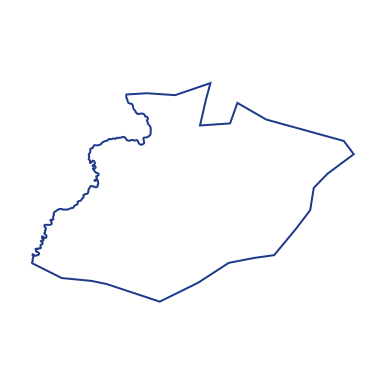 the district of Tes, Dzavhan, Mongolia, rotated 267°
{"feature_id": "93677404B51014704481804", "entity_name": "Tes", "entity_type": "district", "adm_level": 2, "iso_a3": "MNG", "parent_name": "Mongolia", "parent_adm1": "Dzavhan", "projection": "orthographic", "projection_center": [95.652, 49.605], "detail": "fine", "context": "isolated", "style": "outline", "palette": "blue", "viewbox_px": 384, "rotation_deg": 267, "n_neighbors": 0, "source": "geoboundaries", "source_scale": "gbopen_adm2", "svg_char_len": 5771}
<svg xmlns="http://www.w3.org/2000/svg" viewBox="0 0 384 384"><g transform="rotate(267 192 192)"><path d="M108.5,86.9L104.6,101.8L84.2,154.0L101.1,193.4L119.3,224.9L122.9,250.4L124.6,270.7L149.9,294.0L167.7,309.1L189.7,313.8L203.1,328.2L221.3,355.5L235.0,346.3L260.5,269.9L278.6,242.0L258.5,233.6L258.0,203.5L283.0,210.6L299.8,216.1L289.6,180.3L293.0,152.0L292.8,131.7L291.6,131.3L289.9,131.4L289.3,131.5L288.9,131.7L288.4,132.1L285.9,132.5L285.0,132.8L284.3,133.3L283.9,133.9L283.5,135.0L283.4,135.8L283.2,136.3L282.7,136.8L281.7,137.3L280.9,137.5L279.1,137.7L278.5,137.8L277.5,138.3L276.6,139.1L275.6,139.8L275.2,139.9L274.7,140.0L274.4,140.2L273.6,141.0L272.8,141.5L272.7,141.8L272.8,143.2L272.9,143.8L272.9,144.8L273.0,145.8L272.9,146.8L272.3,147.9L271.7,148.6L271.1,148.9L270.3,149.0L270.0,149.2L269.8,149.6L269.5,150.8L269.1,151.3L268.4,151.6L267.7,151.8L266.7,151.6L265.8,150.7L265.5,150.7L264.9,150.9L264.5,151.2L264.1,151.4L263.5,151.5L263.0,151.5L262.4,151.7L261.6,152.2L260.5,153.1L260.0,153.3L259.4,153.8L259.0,153.9L258.3,154.0L256.0,154.1L255.3,154.1L253.7,153.7L252.3,153.7L251.2,153.3L249.9,151.8L249.4,150.9L249.1,150.0L248.9,149.0L248.8,146.9L248.4,146.5L247.9,146.3L247.4,146.2L245.0,146.7L243.4,146.8L242.7,146.1L242.2,145.2L241.9,144.4L242.0,143.2L242.5,142.2L243.4,141.5L244.5,141.0L245.3,140.8L246.3,140.1L246.7,139.7L246.7,139.3L246.4,137.5L246.5,136.9L246.9,136.1L247.1,135.0L247.0,134.1L246.7,133.4L246.6,132.5L246.5,131.4L246.8,130.6L247.2,129.8L247.9,129.2L248.4,129.1L248.9,128.7L249.2,128.3L249.5,128.2L249.9,127.9L250.1,127.7L250.3,127.4L250.5,126.6L250.6,126.0L250.6,125.5L250.1,124.5L250.0,123.9L250.0,122.4L249.8,121.9L249.8,121.3L250.0,120.6L250.1,120.1L250.0,119.7L249.8,119.3L249.4,118.9L249.2,118.3L249.2,117.7L249.3,117.1L249.5,116.7L249.6,116.2L249.6,115.9L249.3,115.4L249.0,114.4L249.0,113.9L249.1,113.0L249.2,112.4L249.3,112.0L249.2,111.7L248.7,111.3L248.3,110.9L248.0,110.4L247.5,108.9L247.4,108.1L247.2,107.3L247.0,106.7L246.5,105.6L246.0,105.0L244.8,103.8L244.3,103.1L244.0,102.2L243.8,101.5L243.5,100.5L243.6,98.6L243.9,97.3L243.9,97.0L243.6,96.6L241.7,95.4L241.2,95.0L241.0,94.7L241.0,93.9L240.2,92.7L239.9,92.6L238.1,92.7L237.4,92.5L236.9,92.3L236.4,92.0L235.1,91.0L234.5,90.8L234.1,90.8L233.7,90.9L233.4,91.1L232.3,91.2L231.9,91.1L230.9,90.6L230.0,90.7L229.7,90.9L229.4,91.3L228.8,91.7L227.6,91.7L226.6,91.7L226.3,91.9L226.4,92.4L226.6,92.7L227.0,93.1L227.8,93.8L228.2,94.3L228.4,94.5L228.4,94.8L228.3,95.3L228.1,95.7L227.6,96.1L226.7,96.4L225.5,96.5L225.1,96.2L224.5,95.6L224.2,94.9L224.1,94.7L223.8,94.3L223.6,94.2L223.2,94.2L223.1,94.3L223.0,94.5L223.1,96.2L222.9,96.6L222.7,96.8L222.2,97.0L221.6,97.0L221.2,96.8L220.8,96.4L220.6,96.0L220.6,95.5L220.7,95.0L220.7,94.3L220.5,94.2L220.2,94.3L218.3,95.6L217.8,95.8L217.6,95.9L217.4,96.3L216.9,96.8L216.5,97.0L216.2,97.5L215.9,98.1L215.6,99.1L215.2,99.5L214.1,99.7L213.8,99.6L213.5,99.2L213.1,98.5L212.7,97.3L211.8,97.1L211.1,97.5L210.5,97.9L210.2,97.9L209.8,97.8L209.5,97.5L209.5,97.4L209.1,96.1L209.0,95.5L208.9,95.3L208.6,95.3L208.4,95.3L208.3,95.5L208.2,95.7L208.2,96.2L208.5,96.8L208.7,97.1L208.8,97.6L208.8,98.0L208.6,98.3L208.2,98.7L207.6,98.8L206.8,98.7L205.4,98.8L204.8,98.7L204.3,98.3L203.8,98.1L203.4,98.2L202.5,97.9L202.1,97.6L201.8,96.7L201.7,96.1L202.3,95.0L202.5,94.5L202.7,93.8L202.7,93.0L202.8,92.8L203.1,92.6L203.3,92.2L203.2,91.4L203.1,91.1L202.7,90.7L200.5,89.2L199.1,88.6L198.1,88.6L197.5,88.4L197.0,88.2L196.1,87.7L195.8,87.3L195.5,86.6L195.5,85.8L195.4,85.2L195.0,83.9L194.8,83.7L194.3,83.4L194.1,83.4L193.5,83.6L193.3,83.6L192.8,83.5L192.4,83.3L191.8,82.8L191.5,82.3L191.1,82.0L190.4,81.5L189.8,81.0L189.2,80.3L189.0,79.7L188.7,78.2L188.5,77.8L188.3,77.4L188.1,77.3L187.9,77.3L187.3,77.3L186.6,77.3L186.2,77.1L185.7,76.7L185.3,76.0L184.7,74.5L184.5,73.9L184.1,73.6L183.8,73.4L183.0,73.0L182.6,72.7L182.4,72.3L182.3,71.6L182.2,70.3L181.4,68.1L181.2,67.6L181.0,66.6L181.1,63.3L181.2,62.7L181.5,61.7L181.8,60.7L182.0,59.6L182.0,58.9L181.8,58.3L181.0,56.7L180.7,56.0L180.1,55.3L179.5,53.9L179.2,53.5L178.8,53.3L178.3,53.2L177.9,52.8L177.6,52.8L176.4,52.9L175.9,52.7L175.0,52.1L174.6,52.0L173.9,52.0L172.7,52.1L172.2,52.1L171.9,51.9L171.6,51.6L171.5,51.2L171.4,50.9L171.5,50.5L171.7,50.0L171.7,49.8L171.6,49.4L171.4,49.3L171.2,49.2L170.6,49.4L169.5,49.9L168.9,50.2L168.3,50.3L167.6,50.2L167.4,50.1L167.1,49.7L166.8,49.1L166.7,48.5L166.6,47.8L166.7,46.9L166.8,45.8L166.9,44.1L166.9,43.8L166.8,43.3L166.5,43.0L166.1,42.9L165.8,42.8L165.2,42.9L164.9,43.1L164.3,43.7L164.0,43.9L163.4,44.1L162.8,44.2L162.0,43.9L161.7,43.5L161.4,43.3L161.1,43.2L160.3,43.3L159.8,43.2L159.1,42.9L158.7,42.4L158.3,42.4L158.1,42.6L157.0,43.7L156.6,44.0L156.1,44.3L155.7,44.3L155.2,44.3L154.7,44.2L154.3,43.9L154.1,43.5L153.9,43.2L153.9,42.7L153.9,42.4L154.0,42.0L155.3,41.0L155.5,40.5L155.5,40.2L155.1,39.9L154.3,39.8L154.0,39.8L153.4,40.1L152.6,41.0L152.3,41.2L152.0,41.2L151.6,41.1L151.3,40.8L151.1,40.4L151.2,39.8L151.1,38.9L151.0,38.7L150.8,38.5L150.7,38.5L149.7,39.8L149.4,40.0L149.1,40.1L148.3,40.1L147.9,40.0L147.7,39.7L147.3,38.3L147.2,38.1L146.5,37.9L145.9,37.9L145.1,38.1L144.7,38.1L144.3,38.1L144.1,38.0L143.7,37.7L143.6,37.4L143.7,36.7L143.8,36.1L143.7,35.8L143.4,35.6L143.3,35.3L143.2,35.0L143.2,34.7L143.5,34.1L143.5,33.7L143.5,33.4L143.4,32.9L143.2,32.8L142.4,33.2L142.2,33.3L141.9,33.3L141.5,33.1L141.1,33.1L140.9,33.1L140.7,33.3L140.5,33.7L140.0,34.8L139.7,35.2L139.4,35.6L139.1,35.8L138.8,36.0L138.3,36.0L138.0,35.9L137.6,35.7L137.3,35.3L137.0,34.7L136.7,32.9L136.5,32.0L136.6,31.6L136.7,31.4L137.0,31.1L137.5,30.7L138.1,30.0L138.2,29.8L138.0,29.5L137.3,29.5L136.6,29.8L136.0,30.2L135.6,30.2L134.9,30.0L134.2,29.6L133.9,29.5L131.2,29.2L130.5,28.9L130.2,28.7L129.9,28.5L129.2,28.7L112.9,57.3L108.5,86.9Z" fill="none" stroke="#1e3a8a" stroke-width="2"/></g></svg>